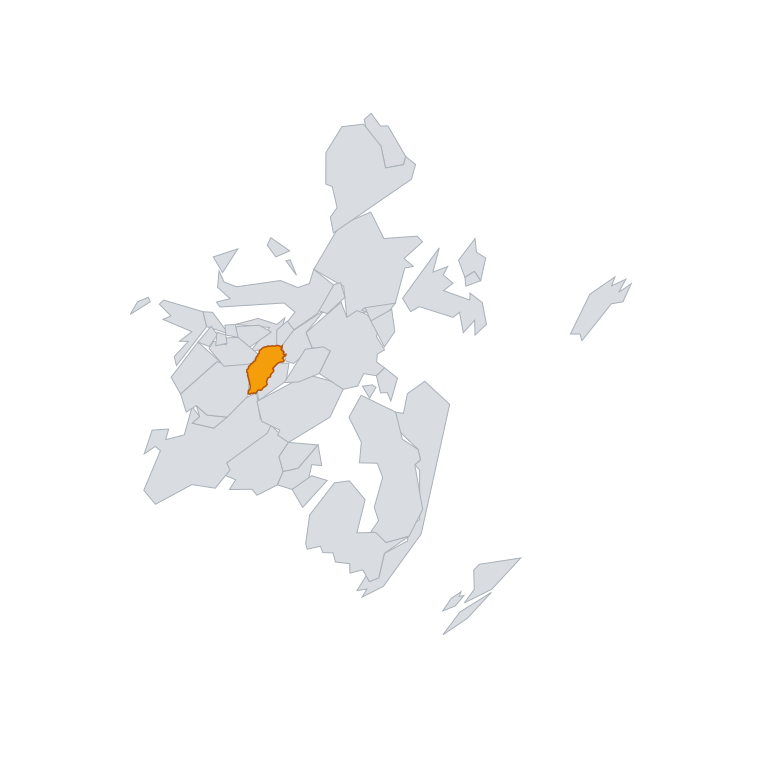 location of Hungary within Europe, rotated 137°
{"feature_id": "HUN", "entity_name": "Hungary", "entity_type": "country or territory", "adm_level": 0, "iso_a3": "HUN", "parent_name": "Europe", "parent_adm1": "", "projection": "natural_earth1", "projection_center": [19.424, 47.153], "detail": "fine", "context": "in_parent", "style": "filled", "palette": "amber", "viewbox_px": 768, "rotation_deg": 137, "n_neighbors": 37, "source": "natural_earth", "source_scale": "50m", "svg_char_len": 9974}
<svg xmlns="http://www.w3.org/2000/svg" viewBox="0 0 768 768"><g transform="rotate(137 384 384)"><path d="M402.6,163.5L445.0,160.4L474.5,169.1L458.1,172.2L445.3,186.7L437.2,187.1L402.6,163.5ZM544.7,251.4L526.9,256.0L529.5,249.5L520.1,245.8L499.2,259.9L473.8,253.2L464.0,262.2L450.3,260.7L416.7,296.7L416.5,303.9L409.0,303.7L403.7,312.9L405.2,342.8L394.7,355.5L389.7,349.3L373.5,361.0L352.3,358.2L349.9,324.3L459.0,249.0L522.6,236.4L545.4,243.1L536.4,245.6L544.7,251.4ZM512.0,160.4L484.0,165.5L447.5,158.4L483.0,155.8L512.0,160.4ZM495.7,178.0L481.0,181.4L469.3,179.5L473.8,177.4L469.8,174.7L483.4,173.1L495.7,178.0Z" fill="#d9dde1" stroke="#a8b0b8" stroke-width="1"/><path d="M320.6,435.4L365.7,458.1L347.0,482.8L357.2,515.7L307.8,530.4L276.4,518.7L284.9,490.5L258.9,469.5L258.9,461.7L283.8,462.1L282.3,450.0L289.8,454.6L320.6,435.4ZM367.9,538.8L373.8,523.2L371.7,541.0L367.9,538.8Z" fill="#d9dde1" stroke="#a8b0b8" stroke-width="1"/><path d="M394.7,355.5L408.3,331.0L403.7,312.9L409.0,303.7L416.5,303.9L441.3,265.9L469.5,255.6L490.7,266.6L493.9,285.0L481.2,287.7L475.3,300.4L448.7,316.6L442.9,330.6L455.7,343.1L440.3,356.9L432.3,383.6L408.4,391.3L394.7,355.5Z" fill="#d9dde1" stroke="#a8b0b8" stroke-width="1"/><path d="M530.8,382.9L552.8,389.3L552.3,397.0L569.0,412.2L557.9,415.1L562.4,425.4L552.8,433.6L494.6,430.9L493.7,406.4L510.3,402.5L517.5,388.7L530.8,382.9Z" fill="#d9dde1" stroke="#a8b0b8" stroke-width="1"/><path d="M593.9,494.4L607.0,496.4L585.0,508.4L572.2,497.9L581.6,492.2L564.8,483.0L539.9,498.2L541.0,485.9L550.9,486.0L538.6,467.8L506.6,471.9L483.1,464.5L498.1,443.1L494.6,430.9L503.0,427.6L552.8,433.6L555.4,426.0L578.5,422.9L593.1,441.5L633.2,451.9L632.1,470.1L593.0,487.7L593.9,494.4Z" fill="#d9dde1" stroke="#a8b0b8" stroke-width="1"/><path d="M493.7,406.4L496.6,419.2L491.7,421.3L498.9,440.1L488.8,458.0L433.7,443.2L416.9,416.1L417.5,408.0L446.1,396.6L493.7,406.4Z" fill="#d9dde1" stroke="#a8b0b8" stroke-width="1"/><path d="M440.1,467.7L431.7,483.2L419.9,486.0L376.4,478.7L405.8,474.8L411.8,459.6L436.1,460.6L440.1,467.7Z" fill="#d9dde1" stroke="#a8b0b8" stroke-width="1"/><path d="M521.3,466.7L538.6,467.8L550.9,486.0L541.0,485.9L536.0,496.2L534.6,481.9L521.3,466.7Z" fill="#d9dde1" stroke="#a8b0b8" stroke-width="1"/><path d="M536.0,496.2L547.8,498.3L539.5,515.5L491.0,514.3L467.5,489.3L492.0,468.0L521.3,466.7L534.6,481.9L536.0,496.2Z" fill="#d9dde1" stroke="#a8b0b8" stroke-width="1"/><path d="M517.5,388.7L510.3,402.5L493.7,406.4L473.8,384.4L504.2,380.9L517.5,388.7Z" fill="#d9dde1" stroke="#a8b0b8" stroke-width="1"/><path d="M523.1,369.6L530.8,382.9L517.5,388.7L504.2,380.9L473.8,384.4L485.2,366.7L491.7,374.3L506.1,364.5L523.1,369.6Z" fill="#d9dde1" stroke="#a8b0b8" stroke-width="1"/><path d="M527.6,349.2L523.1,369.6L499.4,366.3L491.4,352.2L527.6,349.2Z" fill="#d9dde1" stroke="#a8b0b8" stroke-width="1"/><path d="M417.5,408.0L424.2,435.9L400.9,444.8L411.8,459.6L405.8,474.8L359.6,473.1L365.7,458.1L353.7,456.2L349.2,446.3L349.9,428.0L357.2,424.0L360.3,408.6L368.5,410.4L374.3,405.2L372.6,395.4L383.9,395.2L391.7,405.4L404.7,400.5L417.5,408.0Z" fill="#d9dde1" stroke="#a8b0b8" stroke-width="1"/><path d="M488.5,509.8L491.0,514.3L539.5,515.5L535.2,534.1L491.5,541.5L488.5,509.8Z" fill="#d9dde1" stroke="#a8b0b8" stroke-width="1"/><path d="M522.1,608.0L508.2,612.2L497.3,608.2L498.9,603.5L522.1,608.0ZM474.6,546.9L523.3,539.0L518.7,547.1L498.2,548.6L504.4,554.8L488.8,553.3L501.6,582.0L493.4,579.1L493.9,595.6L488.0,595.7L467.1,560.3L474.6,546.9Z" fill="#d9dde1" stroke="#a8b0b8" stroke-width="1"/><path d="M474.6,546.9L467.1,560.3L460.5,553.4L463.4,526.7L474.6,546.9Z" fill="#d9dde1" stroke="#a8b0b8" stroke-width="1"/><path d="M436.4,485.2L460.4,498.9L429.1,503.4L452.2,529.0L431.2,517.7L421.9,500.7L411.3,500.0L436.4,485.2Z" fill="#d9dde1" stroke="#a8b0b8" stroke-width="1"/><path d="M377.5,474.2L383.6,485.4L356.9,493.0L346.6,487.7L353.4,474.0L377.5,474.2Z" fill="#d9dde1" stroke="#a8b0b8" stroke-width="1"/><path d="M347.0,446.7L349.9,453.4L345.7,452.7L347.0,446.7Z" fill="#d9dde1" stroke="#a8b0b8" stroke-width="1"/><path d="M350.6,439.1L345.7,452.7L320.6,435.4L341.3,432.0L350.6,439.1Z" fill="#d9dde1" stroke="#a8b0b8" stroke-width="1"/><path d="M358.5,410.9L350.6,439.1L327.4,433.4L340.3,415.0L358.5,410.9Z" fill="#d9dde1" stroke="#a8b0b8" stroke-width="1"/><path d="M213.0,535.5L220.1,531.1L235.5,541.0L223.9,560.2L226.5,577.3L218.0,591.0L208.8,590.7L210.7,575.2L205.1,570.1L213.0,535.5Z" fill="#d9dde1" stroke="#a8b0b8" stroke-width="1"/><path d="M221.8,588.1L223.9,560.2L235.5,541.0L220.1,531.1L213.0,535.5L211.2,523.0L224.3,515.1L318.0,529.0L309.4,542.7L298.0,545.0L287.2,563.7L290.2,570.0L268.7,592.8L239.3,600.9L221.8,588.1Z" fill="#d9dde1" stroke="#a8b0b8" stroke-width="1"/><path d="M252.1,406.8L245.1,423.7L218.2,428.3L226.5,417.3L223.7,406.7L242.8,393.7L241.2,404.8L252.1,406.8Z" fill="#d9dde1" stroke="#a8b0b8" stroke-width="1"/><path d="M384.4,481.0L412.9,485.1L413.8,495.1L400.0,497.3L401.8,511.4L451.5,552.2L450.7,558.2L438.3,551.3L439.8,568.2L427.5,579.2L431.4,567.6L425.5,555.6L389.2,530.3L381.2,513.2L370.1,508.4L357.2,515.7L353.4,490.7L384.4,481.0ZM398.7,582.5L426.1,575.6L422.2,593.4L398.7,582.5ZM362.2,545.7L376.5,550.7L374.7,565.2L367.0,568.2L362.2,545.7Z" fill="#d9dde1" stroke="#a8b0b8" stroke-width="1"/><path d="M383.9,395.2L372.6,395.4L370.1,379.1L390.6,366.9L387.5,375.5L392.6,380.0L383.9,395.2ZM404.1,383.5L401.3,397.1L393.1,391.3L392.2,387.0L404.1,383.5Z" fill="#d9dde1" stroke="#a8b0b8" stroke-width="1"/><path d="M252.1,406.8L241.2,404.8L242.8,393.7L257.4,399.7L252.1,406.8ZM276.8,411.7L264.0,386.9L259.1,391.8L256.6,376.6L268.3,357.8L284.1,357.7L274.2,368.8L291.1,367.4L279.8,385.0L288.0,385.6L305.5,416.6L315.2,418.7L312.0,434.0L250.7,445.9L271.9,432.5L257.3,426.5L266.3,423.3L264.8,410.7L276.8,411.7Z" fill="#d9dde1" stroke="#a8b0b8" stroke-width="1"/><path d="M209.7,280.7L206.6,286.9L213.6,293.4L172.0,309.3L142.0,304.8L150.6,300.5L135.6,295.7L149.8,291.0L134.8,288.8L153.2,281.1L163.0,287.6L209.7,280.7Z" fill="#d9dde1" stroke="#a8b0b8" stroke-width="1"/><path d="M412.9,485.1L433.3,481.4L436.4,485.2L425.6,496.6L411.9,496.0L412.9,485.1Z" fill="#d9dde1" stroke="#a8b0b8" stroke-width="1"/><path d="M529.5,249.5L526.3,262.6L537.9,268.9L531.6,276.0L540.9,286.9L536.5,295.2L543.7,302.4L541.1,308.7L552.8,315.5L550.3,320.5L527.8,338.9L487.6,345.5L475.4,336.8L476.7,312.3L505.4,293.6L491.3,281.2L490.7,266.6L469.5,255.6L499.2,259.9L520.1,245.8L529.5,249.5Z" fill="#d9dde1" stroke="#a8b0b8" stroke-width="1"/><path d="M486.9,457.4L481.3,465.6L447.4,471.7L439.3,464.0L453.4,453.0L486.9,457.4Z" fill="#d9dde1" stroke="#a8b0b8" stroke-width="1"/><path d="M424.2,435.9L445.1,443.8L455.9,453.0L417.9,463.1L403.0,452.5L400.9,444.8L424.2,435.9Z" fill="#d9dde1" stroke="#a8b0b8" stroke-width="1"/><path d="M453.2,527.1L435.1,511.9L431.0,498.9L460.2,503.0L460.9,517.1L453.2,527.1Z" fill="#d9dde1" stroke="#a8b0b8" stroke-width="1"/><path d="M486.4,530.7L491.5,541.5L471.0,544.2L472.3,533.6L486.4,530.7Z" fill="#d9dde1" stroke="#a8b0b8" stroke-width="1"/><path d="M455.6,491.6L467.5,489.3L488.9,506.1L487.8,529.2L479.4,531.5L472.7,520.3L467.9,525.3L458.9,517.5L455.6,491.6Z" fill="#d9dde1" stroke="#a8b0b8" stroke-width="1"/><path d="M466.3,527.8L460.2,535.5L452.2,529.0L458.9,517.5L466.3,527.8Z" fill="#d9dde1" stroke="#a8b0b8" stroke-width="1"/><path d="M470.8,535.8L466.3,527.8L471.1,520.9L481.1,526.7L470.8,535.8Z" fill="#d9dde1" stroke="#a8b0b8" stroke-width="1"/><path d="M483.5,464.7L484.3,464.6L484.5,464.7L484.6,465.2L484.8,465.5L485.0,466.0L485.3,466.3L485.9,466.4L486.8,466.8L487.3,467.6L488.1,467.9L488.3,467.9L488.9,467.9L489.0,468.0L489.4,468.4L489.6,468.7L489.5,469.1L489.6,469.5L489.8,469.6L489.6,469.9L488.1,471.2L487.6,471.6L487.2,471.6L486.6,471.5L486.0,471.6L485.4,471.9L484.9,472.0L484.5,472.3L484.0,473.0L483.4,473.7L482.8,474.0L482.5,474.4L482.4,475.6L482.1,475.9L481.6,476.2L481.4,476.5L480.7,478.3L480.2,478.9L479.6,479.3L479.6,479.8L479.6,480.2L479.0,481.1L478.3,482.1L478.1,482.5L478.3,483.0L477.6,483.6L477.1,483.9L476.8,484.1L476.6,484.4L476.2,485.4L476.3,485.8L476.3,486.2L475.7,486.4L475.5,486.8L475.4,487.3L475.1,487.6L474.4,488.0L472.7,487.8L472.1,488.0L471.9,488.3L471.8,488.5L471.6,488.8L471.2,489.1L470.8,489.2L469.9,488.8L468.0,489.2L467.6,489.5L467.4,489.3L467.0,489.1L465.0,488.9L464.3,489.1L463.2,489.0L462.3,488.8L461.6,489.0L461.0,489.7L460.6,489.9L460.4,490.1L459.9,490.3L459.4,490.6L458.8,490.8L458.3,490.8L457.8,490.5L457.6,490.5L457.5,490.8L457.2,491.1L456.4,491.4L456.2,491.4L455.6,491.6L454.7,491.7L454.2,491.6L453.3,492.7L453.1,492.8L452.2,493.2L451.6,493.3L451.0,493.2L450.8,493.2L448.2,493.1L446.9,492.9L446.0,492.5L445.4,492.1L445.2,491.6L444.5,491.3L443.5,491.2L442.7,490.7L442.1,489.8L441.3,489.1L440.3,488.6L439.5,487.9L438.9,487.0L437.9,486.1L436.4,485.4L435.9,485.2L435.1,484.1L434.8,483.7L434.8,483.3L434.7,483.0L434.4,482.8L434.3,482.2L434.2,481.7L434.0,481.4L432.4,481.3L433.8,480.1L434.4,479.8L435.2,479.9L435.5,479.7L435.7,479.2L435.8,478.8L435.8,478.5L435.7,478.3L435.4,478.2L435.2,477.4L435.4,477.1L435.6,476.9L435.4,475.9L435.4,475.5L436.1,475.5L436.6,475.2L437.0,475.0L437.1,474.7L437.4,474.0L437.1,473.3L435.4,472.8L435.3,472.6L435.7,472.3L436.1,472.0L436.4,471.8L436.7,471.7L437.2,471.9L438.1,472.4L438.4,472.5L438.7,472.3L439.0,472.3L440.0,472.3L440.8,472.2L440.6,471.6L440.6,471.2L440.5,470.8L440.5,470.4L440.9,470.1L441.0,469.4L441.5,469.0L441.7,468.9L442.6,469.0L442.8,469.1L444.3,470.3L445.6,471.1L446.6,471.5L448.2,471.6L449.9,471.6L452.7,471.5L454.8,471.3L454.9,471.1L455.2,470.6L455.0,470.2L455.0,469.7L455.3,469.1L456.4,468.5L459.3,468.3L461.0,467.9L461.3,467.3L461.9,466.8L462.4,466.7L463.1,466.9L463.9,467.4L464.7,467.6L465.1,467.5L466.6,466.7L468.3,465.9L469.5,463.7L469.6,463.4L470.9,463.2L472.8,463.2L473.8,463.5L474.5,463.6L475.6,463.6L477.1,463.1L477.7,463.1L478.2,463.5L478.7,463.7L479.0,464.1L479.3,464.6L479.6,465.0L480.0,465.3L480.4,465.4L483.3,464.8L483.5,464.7Z" fill="#f59e0b" stroke="#b45309" stroke-width="1.5"/></g></svg>